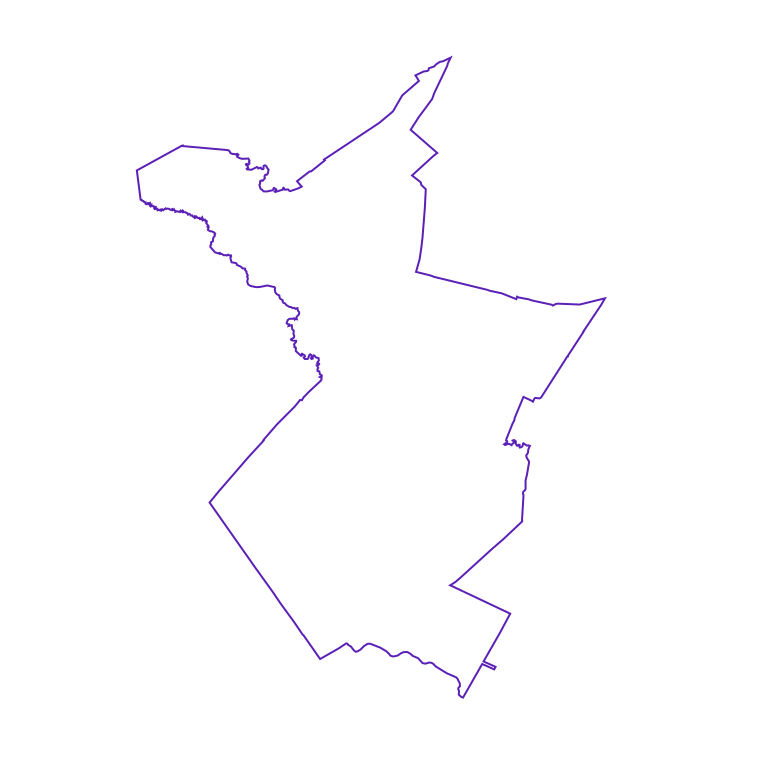 Blejesti, Teleorman, Romania, rotated 355°
{"feature_id": "2599482B94014491503214", "entity_name": "Blejesti", "entity_type": "district", "adm_level": 2, "iso_a3": "ROU", "parent_name": "Romania", "parent_adm1": "Teleorman", "projection": "natural_earth1", "projection_center": [25.433, 44.298], "detail": "fine", "context": "isolated", "style": "outline", "palette": "violet", "viewbox_px": 768, "rotation_deg": 355, "n_neighbors": 0, "source": "geoboundaries", "source_scale": "gbopen_adm2", "svg_char_len": 6151}
<svg xmlns="http://www.w3.org/2000/svg" viewBox="0 0 768 768"><g transform="rotate(355 384 384)"><path d="M468.9,677.9L470.5,675.5L459.0,669.1L477.8,642.0L489.7,623.8L432.4,590.3L437.8,587.5L443.0,583.8L477.5,557.5L489.2,549.1L509.7,532.9L509.7,531.2L513.3,506.8L512.8,505.2L513.5,503.3L515.2,502.1L515.9,500.9L516.6,492.6L518.6,486.5L521.7,474.6L521.6,473.6L519.7,469.7L519.4,467.7L521.5,464.9L522.0,461.9L523.9,458.3L522.3,457.7L520.9,457.8L517.8,455.2L517.3,455.5L517.1,456.8L516.3,458.2L515.0,459.0L513.7,459.1L513.5,458.5L513.8,456.5L512.8,456.2L511.7,457.2L511.1,457.1L510.0,454.9L510.4,452.7L508.7,451.1L507.3,451.5L508.2,452.6L508.3,453.5L508.0,454.1L506.7,454.7L505.8,456.1L503.6,454.6L501.4,454.7L499.4,455.4L498.4,454.5L501.8,452.5L501.6,451.6L500.7,450.8L501.0,449.8L508.6,434.7L510.6,431.6L511.3,429.1L521.8,409.0L530.0,413.8L530.8,414.6L532.6,411.6L533.4,411.0L537.5,411.9L539.2,411.3L569.0,372.6L569.6,372.6L569.8,371.7L587.3,349.4L587.1,349.2L607.4,323.9L611.6,317.9L585.9,321.9L564.0,319.1L561.9,319.3L559.1,320.6L557.9,319.6L539.4,313.9L535.3,312.2L525.6,309.5L524.3,308.6L523.2,311.0L509.1,303.9L497.1,300.2L495.7,299.4L443.1,281.6L440.2,280.1L425.7,275.1L430.3,263.0L433.1,251.3L435.1,241.6L440.0,212.4L442.6,193.6L438.5,188.9L438.2,186.3L430.1,178.7L453.4,160.9L457.2,158.5L432.7,133.1L441.6,121.5L456.8,104.3L459.4,98.6L474.7,72.6L475.5,70.3L478.8,64.7L471.1,67.6L467.7,68.0L463.7,70.1L461.8,72.0L456.2,73.4L455.6,75.4L454.2,76.0L450.9,76.1L442.2,79.3L445.2,85.1L427.3,98.1L416.7,113.2L402.3,123.3L343.8,155.2L344.5,156.1L330.0,165.8L328.4,165.8L315.0,174.4L319.2,180.2L315.3,181.7L307.4,183.7L306.3,183.1L305.5,181.8L302.4,181.8L301.1,179.8L300.5,180.1L300.4,181.5L292.4,183.2L291.9,182.8L293.2,181.7L293.6,180.7L291.6,179.1L291.0,179.4L290.8,180.5L289.8,181.3L284.3,182.0L280.8,181.6L279.8,180.2L278.1,178.9L277.2,174.9L278.1,173.6L278.2,171.3L279.5,170.5L280.1,171.0L281.0,170.9L283.3,168.5L283.0,166.8L283.6,165.6L284.5,165.1L285.7,165.3L286.7,163.9L287.7,160.3L286.8,159.3L285.7,156.7L284.6,155.8L283.3,156.1L282.9,157.0L282.8,158.9L282.1,159.5L280.9,159.3L280.0,157.7L277.5,158.3L277.0,157.1L276.2,156.8L270.6,159.0L266.4,158.3L266.0,157.6L267.5,156.7L267.1,154.8L265.8,153.8L265.6,153.1L266.1,152.7L268.1,153.5L269.1,152.8L269.2,151.7L268.7,151.0L269.5,149.8L268.5,147.6L262.2,147.3L259.8,146.4L257.5,144.8L257.7,143.9L258.9,143.0L258.0,141.9L257.2,142.0L256.6,142.6L254.7,141.7L253.4,141.7L251.1,140.6L250.8,139.5L249.8,137.8L247.2,137.1L206.2,129.8L203.8,129.3L204.0,128.9L203.6,128.9L156.4,149.7L157.6,179.2L158.7,179.5L158.9,180.3L160.4,180.8L161.0,182.0L162.3,182.2L162.1,183.5L162.7,184.1L163.7,184.2L164.2,183.3L165.0,183.7L164.6,184.3L164.9,184.5L165.9,184.1L165.9,183.2L166.6,183.1L166.5,185.7L167.8,185.1L167.5,186.7L169.3,186.4L170.0,187.4L170.9,187.3L171.2,188.0L170.7,188.8L171.3,188.9L172.1,188.3L172.1,188.9L171.5,189.7L173.5,189.7L173.6,191.2L175.5,190.9L176.0,191.5L176.6,190.9L177.4,191.8L178.2,190.6L179.3,191.6L181.7,190.0L182.3,190.6L183.9,190.4L185.0,190.8L186.5,191.9L188.0,191.4L187.9,192.2L188.2,192.5L189.1,192.4L190.0,191.6L190.5,192.8L191.3,193.3L191.2,194.3L193.0,193.9L195.2,194.8L196.5,194.8L196.8,194.6L196.3,193.8L196.6,193.5L198.0,194.9L198.6,193.7L199.0,194.0L198.9,195.4L201.2,195.5L202.2,196.5L203.2,196.7L203.5,198.2L205.2,197.7L206.3,199.4L207.5,199.3L208.6,200.9L210.0,200.3L210.3,201.3L210.1,202.1L211.1,201.9L211.7,200.9L213.3,202.6L214.8,202.4L215.0,203.7L216.2,203.9L217.4,202.2L217.8,203.5L217.7,205.2L219.8,204.6L220.2,205.4L220.9,205.7L220.6,206.5L221.6,206.7L221.0,208.4L222.9,211.3L221.9,212.0L222.9,212.9L222.0,214.7L222.1,215.2L224.1,216.7L225.6,216.9L227.6,217.9L228.9,219.4L228.2,220.1L228.5,221.0L228.3,221.8L227.1,222.9L226.5,224.0L225.9,227.1L224.4,227.4L224.0,228.1L224.1,229.7L223.1,230.9L223.0,232.4L227.1,238.1L229.9,239.3L231.8,239.1L231.7,240.1L233.6,240.2L235.6,241.8L237.7,241.8L238.4,242.3L240.2,241.6L241.1,242.5L242.7,242.5L242.9,243.3L241.9,245.2L242.8,249.5L247.0,250.6L247.7,251.5L247.8,252.5L251.9,254.8L253.0,256.4L255.7,257.0L255.6,258.4L256.8,259.9L256.7,261.3L257.7,263.7L257.7,264.2L257.0,264.8L257.6,267.0L256.6,270.3L257.4,273.0L259.6,274.7L265.1,276.4L268.9,276.5L276.4,275.7L283.3,277.9L283.9,278.9L283.4,280.4L283.8,283.4L285.0,285.2L287.5,286.7L287.4,288.2L288.0,290.0L290.4,291.8L290.2,293.1L290.7,294.2L292.6,295.2L293.3,296.6L296.5,299.0L298.2,299.3L299.7,300.5L301.2,300.3L302.4,301.4L304.4,300.9L304.4,302.2L304.8,303.7L305.7,304.9L305.7,306.1L305.5,307.0L302.5,309.9L302.8,311.9L301.1,311.4L300.6,312.0L300.0,310.7L298.5,311.1L295.4,310.8L293.6,312.0L292.3,314.8L293.0,315.8L294.8,316.4L294.0,317.9L297.2,317.4L297.4,321.5L298.8,323.1L298.1,326.0L298.7,327.9L298.6,329.4L298.0,330.1L295.2,331.4L295.5,332.2L297.3,332.9L300.2,333.3L300.0,334.5L297.8,336.6L298.3,338.7L298.0,339.5L299.3,340.1L299.0,343.5L303.8,348.7L304.6,348.5L304.6,347.0L305.0,346.7L307.4,348.5L307.7,349.5L306.3,350.8L307.2,352.1L309.8,352.4L310.6,352.1L311.9,349.1L313.0,348.0L313.9,348.6L314.3,349.5L314.2,350.7L313.5,351.9L314.0,352.8L315.2,352.5L315.5,350.1L316.3,349.3L317.0,349.5L318.4,351.5L321.1,352.6L321.1,355.0L319.5,356.7L319.3,357.3L321.0,358.0L321.2,358.5L320.4,359.3L318.6,359.5L319.9,362.2L318.9,363.7L319.0,365.3L320.7,365.8L321.0,368.8L322.4,369.5L322.8,370.2L322.7,370.8L320.8,371.5L322.3,372.4L322.3,373.4L321.6,375.0L308.2,385.5L302.6,390.4L300.8,393.0L299.0,392.6L293.1,398.7L274.1,414.7L260.1,428.2L259.0,429.4L259.3,429.6L258.7,430.3L242.6,445.0L210.2,476.4L199.9,486.9L239.5,555.3L254.6,580.7L261.8,593.6L273.8,613.5L281.1,626.6L281.8,627.1L296.4,652.4L316.1,643.3L323.8,639.1L325.0,639.6L325.5,640.7L328.2,642.7L331.0,647.0L332.6,648.3L334.7,647.9L337.6,646.4L341.0,643.5L343.8,642.0L345.3,641.4L347.5,641.5L357.3,646.3L363.2,650.6L365.8,653.6L366.6,655.1L369.5,656.3L374.0,655.7L377.7,653.6L380.2,652.8L384.0,653.1L386.7,655.0L389.0,657.4L393.9,660.0L398.1,665.4L400.9,666.2L405.1,665.4L407.3,666.0L409.0,667.4L410.7,669.7L421.3,677.6L430.3,682.5L431.5,684.0L433.4,689.0L433.3,691.8L431.8,693.0L431.3,694.2L432.0,696.4L431.4,700.0L433.7,702.4L435.4,703.3L457.4,671.5L468.9,677.9Z" fill="none" stroke="#5b21b6" stroke-width="2"/></g></svg>